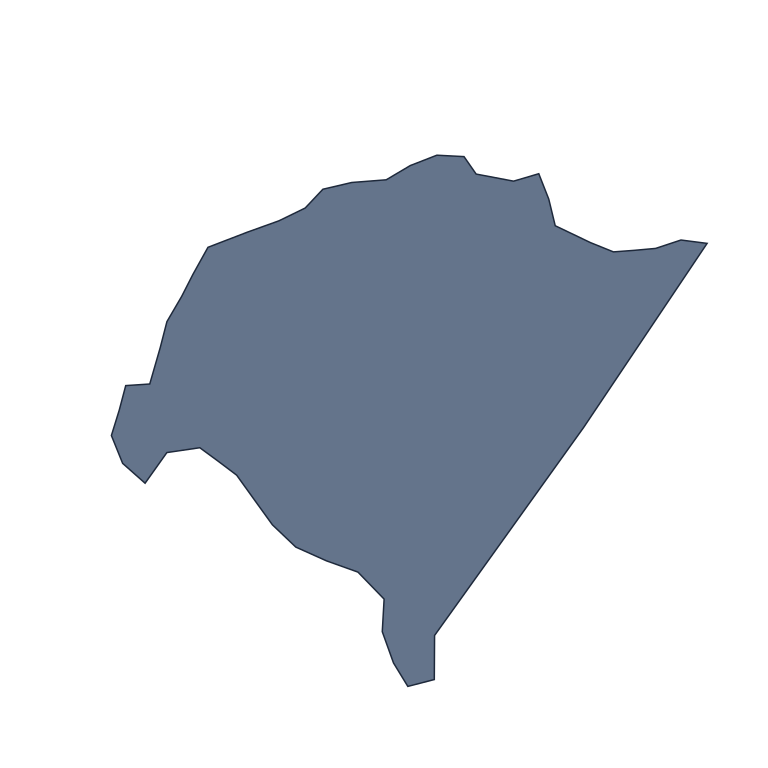 the district of Areial, Paraíba, Brazil, rotated 295°
{"feature_id": "56859067B12551730275049", "entity_name": "Areial", "entity_type": "district", "adm_level": 2, "iso_a3": "BRA", "parent_name": "Brazil", "parent_adm1": "Paraíba", "projection": "mercator", "projection_center": [-35.932, -7.048], "detail": "fine", "context": "isolated", "style": "filled", "palette": "slate", "viewbox_px": 768, "rotation_deg": 295, "n_neighbors": 0, "source": "geoboundaries", "source_scale": "gbopen_adm2", "svg_char_len": 747}
<svg xmlns="http://www.w3.org/2000/svg" viewBox="0 0 768 768"><g transform="rotate(295 384 384)"><path d="M648.0,617.4L640.0,592.3L621.7,572.9L611.0,554.5L600.7,536.1L599.4,511.4L599.8,472.3L621.2,455.2L640.0,435.4L622.6,415.7L613.2,378.8L623.9,360.4L613.7,335.2L593.1,315.5L570.0,299.7L553.0,269.6L534.7,246.3L510.2,238.2L487.5,219.8L463.8,195.9L433.5,166.7L402.7,164.5L377.8,163.6L348.8,160.9L322.5,165.8L285.0,171.7L273.4,150.6L248.4,155.1L222.1,158.7L201.6,180.7L193.1,209.4L230.1,216.2L248.4,244.0L244.0,266.0L239.1,289.0L223.5,316.8L209.2,342.4L198.9,373.0L199.4,406.7L202.5,439.9L189.1,475.0L158.8,487.1L135.2,510.5L120.0,533.4L137.4,554.5L177.5,536.1L429.0,583.3L648.0,617.4Z" fill="#64748b" stroke="#1e293b" stroke-width="1.5"/></g></svg>